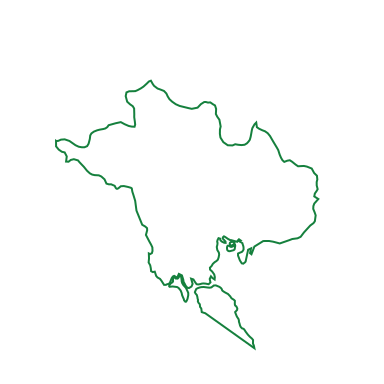 Kalabakan, Sabah, Malaysia (orthographic projection), rotated 35°
{"feature_id": "92858781B64999201183352", "entity_name": "Kalabakan", "entity_type": "district", "adm_level": 2, "iso_a3": "MYS", "parent_name": "Malaysia", "parent_adm1": "Sabah", "projection": "orthographic", "projection_center": [117.507, 4.476], "detail": "fine", "context": "isolated", "style": "outline", "palette": "green", "viewbox_px": 384, "rotation_deg": 35, "n_neighbors": 0, "source": "geoboundaries", "source_scale": "gbopen_adm2", "svg_char_len": 5595}
<svg xmlns="http://www.w3.org/2000/svg" viewBox="0 0 384 384"><g transform="rotate(35 192 192)"><path d="M51.3,228.1L54.5,232.6L58.5,233.7L62.3,233.7L65.0,232.6L69.0,234.7L71.4,239.3L73.5,238.0L74.3,235.3L76.4,232.9L80.5,231.5L82.6,232.1L85.0,232.6L89.0,233.4L93.8,234.8L97.6,235.3L100.2,235.0L102.6,234.0L106.1,231.8L108.8,231.3L113.1,231.8L117.1,234.2L119.5,233.4L121.3,232.1L125.1,231.3L127.2,232.4L128.3,232.6L129.1,232.1L129.6,231.0L130.4,228.1L132.8,226.2L136.6,224.6L139.5,223.6L140.6,223.6L143.0,226.0L145.4,227.8L150.5,231.8L157.2,239.1L170.0,247.4L173.5,247.1L175.9,247.4L177.2,249.0L177.9,250.9L178.9,253.6L185.4,257.0L188.7,258.6L191.3,260.1L193.5,263.0L194.2,265.1L193.3,266.9L191.9,267.1L193.1,268.7L194.9,271.1L196.9,274.6L199.8,276.0L202.0,278.1L203.9,280.3L205.8,280.1L207.2,278.6L210.8,281.3L212.8,281.8L215.6,281.5L217.8,282.2L222.4,284.1L223.9,283.0L224.6,281.7L225.8,280.5L225.8,278.4L224.8,274.3L224.8,272.2L225.5,270.9L228.2,270.7L229.1,270.0L228.6,268.7L228.2,266.6L231.6,266.1L235.1,268.8L236.6,270.4L238.7,271.4L240.5,272.4L243.1,273.1L244.6,272.4L245.8,269.7L245.2,266.9L241.0,263.5L243.3,262.8L245.8,263.9L248.6,264.9L250.1,264.2L251.5,262.8L252.7,261.3L253.9,260.3L255.8,259.2L258.5,258.0L259.0,255.5L256.4,253.1L255.9,250.2L257.8,250.7L260.7,250.7L259.5,248.6L257.5,246.8L254.2,245.6L251.3,245.2L250.1,243.7L250.5,241.5L250.3,238.9L250.8,236.5L251.6,234.6L252.0,232.6L251.3,230.2L250.1,227.6L248.7,226.2L246.0,225.0L243.8,222.8L243.1,220.8L242.1,219.0L241.2,218.4L240.5,216.8L240.2,214.6L241.7,214.1L243.1,215.3L245.0,215.5L247.5,215.1L248.7,214.4L247.9,213.4L245.8,212.9L243.8,212.5L243.3,211.4L243.6,210.0L245.1,209.8L247.0,209.8L248.2,209.8L251.0,209.5L251.6,209.0L257.5,206.9L257.3,205.7L257.6,203.8L259.5,203.8L258.5,205.4L261.4,205.0L262.6,205.0L263.8,206.0L264.8,206.7L265.8,207.6L267.2,209.5L267.4,210.8L267.2,212.5L265.8,214.6L265.0,216.0L266.2,217.7L267.7,218.7L270.5,220.6L273.7,221.9L275.1,221.3L275.8,219.0L275.8,218.2L271.1,207.1L272.7,204.3L274.6,208.8L276.4,208.9L274.4,200.9L278.5,191.3L283.3,187.9L286.9,186.2L289.6,185.2L293.4,183.8L299.2,175.8L301.1,173.0L305.0,169.4L306.7,166.4L306.9,160.9L308.1,151.6L309.3,148.0L309.4,147.5L309.4,145.5L306.7,140.2L304.1,138.3L301.0,136.3L299.5,133.9L298.8,131.3L299.5,125.3L294.7,125.5L293.5,122.8L293.5,119.5L293.3,117.6L290.4,115.1L288.4,112.3L287.5,109.9L285.0,107.0L281.2,106.4L278.8,105.2L276.6,104.1L271.5,105.3L268.7,106.5L264.1,110.1L260.9,110.1L256.6,109.8L253.9,109.9L252.1,111.7L250.3,114.4L247.9,114.1L245.3,112.9L242.4,111.1L238.6,108.2L236.1,107.0L229.6,104.1L226.8,102.8L223.8,101.4L220.3,100.4L216.9,100.4L214.2,101.1L210.6,101.7L208.0,101.7L204.8,98.3L204.4,100.7L204.8,105.0L205.5,106.9L207.0,110.1L208.4,113.2L209.4,116.1L209.4,118.2L209.1,120.6L208.0,123.1L205.6,125.2L202.6,126.9L200.0,128.1L198.5,130.6L194.5,133.2L189.1,133.2L184.1,131.1L181.5,128.4L179.0,124.7L177.9,121.9L173.0,117.1L169.4,115.8L166.8,114.4L165.5,112.3L164.1,110.1L161.2,107.9L159.0,108.1L155.6,108.1L153.8,109.6L151.8,110.3L150.4,111.3L148.9,114.9L148.2,119.7L144.1,124.0L141.0,125.3L132.5,128.6L128.4,129.4L123.9,129.4L120.3,128.9L117.4,127.7L114.5,126.0L111.1,125.3L107.3,126.2L104.4,127.0L100.0,126.8L97.8,126.0L94.5,124.4L93.3,126.2L92.8,129.1L91.8,133.5L90.6,136.6L89.0,139.8L87.7,141.9L82.7,145.6L81.2,148.0L82.7,151.5L87.1,155.2L90.9,155.7L94.3,155.7L96.7,156.8L100.1,161.4L101.8,163.9L104.7,167.0L106.8,169.4L107.5,171.5L105.1,173.0L102.3,174.2L97.9,175.1L93.6,175.6L90.0,179.5L85.4,185.1L85.4,187.4L84.6,189.6L83.2,191.3L80.6,193.9L78.9,195.9L77.0,198.8L76.0,201.7L76.2,204.0L77.9,207.2L79.6,211.8L79.8,214.6L78.2,217.1L76.2,218.5L73.2,219.9L69.7,220.5L64.5,220.5L62.3,220.5L57.5,221.9L54.6,224.3L53.2,226.7L51.7,228.1L51.3,228.1ZM273.2,255.3L272.8,255.0L272.1,254.5L271.0,254.1L269.9,254.0L268.8,254.0L265.2,254.8L263.5,256.0L262.6,259.0L261.3,260.3L259.9,261.1L258.0,262.1L256.1,263.1L254.5,264.3L253.2,265.6L251.7,267.7L251.1,269.1L251.8,272.4L253.0,273.1L255.0,273.6L256.6,274.9L257.7,276.1L258.8,276.9L259.5,278.2L260.8,279.0L262.8,279.5L264.5,281.5L265.5,281.8L266.4,282.1L268.9,284.8L272.4,283.7L332.7,284.2L330.7,282.3L328.9,281.2L327.9,279.7L326.9,278.2L325.2,277.7L322.4,277.4L319.6,276.8L315.9,275.6L314.3,274.9L312.8,274.5L311.1,275.0L309.3,274.6L307.9,273.8L306.4,272.5L304.9,271.4L304.1,270.3L302.8,269.3L300.9,268.6L299.7,268.0L297.1,266.3L296.2,265.6L296.4,264.4L296.6,262.7L295.9,261.4L294.0,260.3L292.4,260.2L291.3,259.2L289.5,256.5L288.5,256.3L287.1,256.3L285.5,256.4L284.4,256.1L283.4,255.6L280.0,254.9L276.8,255.3L275.1,255.4L274.1,255.4L273.2,255.3ZM234.9,271.2L234.0,270.1L233.0,269.0L231.6,267.6L230.6,267.0L229.6,267.6L230.0,268.8L230.1,270.0L229.9,271.2L228.3,272.2L227.3,271.9L226.6,272.0L226.1,272.6L226.3,274.0L227.1,275.3L227.7,276.1L227.8,277.2L227.2,278.4L227.0,279.5L226.9,280.9L227.2,282.2L228.0,282.5L230.3,280.5L232.4,279.4L234.3,278.4L236.0,278.3L237.8,278.8L239.2,279.2L241.5,280.7L243.1,282.2L245.0,283.4L246.7,284.4L247.7,285.3L249.5,285.7L250.1,285.1L249.9,283.5L249.6,282.1L248.9,280.5L248.2,278.8L246.8,276.8L245.3,275.9L243.4,274.8L242.1,274.1L240.6,273.7L238.3,273.2L236.3,272.3L234.9,271.2ZM259.8,214.7L259.4,213.6L259.0,212.9L258.3,211.3L257.8,210.8L257.1,212.2L256.7,213.0L256.2,213.9L255.5,214.6L254.6,214.8L253.7,214.9L252.9,214.8L252.0,215.6L252.3,217.0L253.3,218.5L254.2,219.3L255.4,219.5L256.4,219.2L257.4,218.3L258.0,217.5L258.9,216.5L259.5,215.7L259.8,214.7ZM255.1,213.1L255.6,212.2L256.4,210.5L256.1,209.5L253.7,209.4L252.6,210.8L252.2,211.7L252.4,212.5L253.4,213.3L253.9,214.0L255.1,213.1Z" fill="none" stroke="#15803d" stroke-width="2"/></g></svg>